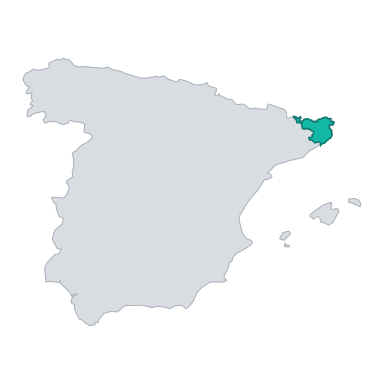 Gerona highlighted on a map of Spain
{"feature_id": "ESP-5820", "entity_name": "Gerona", "entity_type": "Autonomous Community", "adm_level": 1, "iso_a3": "ESP", "parent_name": "Spain", "parent_adm1": "", "projection": "orthographic", "projection_center": [2.529, 42.07], "detail": "fine", "context": "in_parent", "style": "filled", "palette": "teal", "viewbox_px": 384, "rotation_deg": 0, "n_neighbors": 0, "source": "natural_earth", "source_scale": "10m", "svg_char_len": 6372}
<svg xmlns="http://www.w3.org/2000/svg" viewBox="0 0 384 384"><path d="M207.4,82.7L207.3,83.8L209.2,86.2L215.1,87.8L216.6,88.8L216.1,91.9L214.6,94.5L215.8,95.7L217.2,95.7L219.1,93.7L219.4,95.1L222.1,96.5L228.0,99.2L232.2,99.7L236.4,104.7L243.6,104.0L249.9,108.9L256.0,108.0L257.4,108.9L266.8,109.3L267.4,105.5L268.5,104.0L284.7,109.6L286.7,112.8L286.3,114.4L287.1,118.2L289.3,118.1L293.6,116.1L299.2,118.7L300.6,121.1L301.8,121.2L306.0,119.0L317.4,121.7L317.8,119.9L318.6,119.4L323.4,117.8L325.4,117.4L331.4,118.6L332.2,120.7L333.4,121.5L333.9,123.4L330.4,124.5L330.0,127.7L332.2,130.4L332.5,135.1L326.4,141.2L308.7,151.5L302.9,157.6L289.6,160.6L275.8,164.9L267.5,172.9L269.6,173.6L272.0,176.4L271.1,177.7L267.5,179.5L264.3,180.0L258.0,189.9L249.4,200.0L246.2,204.6L239.2,216.6L239.1,220.0L242.0,232.2L243.8,235.4L246.3,238.2L251.3,240.6L252.5,242.9L250.7,244.9L245.5,248.6L236.6,253.4L232.8,257.3L231.9,261.1L229.2,262.8L228.1,268.2L224.3,275.6L224.0,277.5L226.6,280.4L223.8,282.0L210.2,282.1L201.5,287.6L197.0,292.6L192.7,302.1L187.8,307.6L185.6,308.6L182.6,305.9L178.6,305.3L174.6,305.9L172.5,307.7L169.3,308.6L166.2,307.5L159.5,306.5L156.5,306.4L151.7,307.7L147.8,306.4L141.1,305.3L126.4,305.5L124.5,305.9L117.5,311.9L110.4,311.5L103.8,313.5L99.0,319.5L97.8,322.8L96.6,321.9L95.6,322.1L94.9,324.6L90.3,325.8L85.5,323.2L81.6,319.7L79.5,319.2L76.4,314.0L75.2,310.7L74.4,307.2L74.5,304.8L71.5,303.1L71.1,299.9L73.7,296.1L76.9,294.2L74.1,294.1L71.8,296.5L69.6,292.1L59.9,282.8L60.7,280.1L58.8,282.0L57.5,282.4L52.2,281.5L45.9,281.8L44.7,267.7L46.8,263.1L54.7,254.5L59.1,253.7L61.4,249.1L57.4,248.8L52.2,238.8L54.7,230.3L61.6,224.5L62.9,222.0L63.3,219.6L62.4,217.7L59.1,216.4L56.4,209.1L56.1,204.7L53.5,202.0L51.6,197.5L53.8,197.1L62.5,198.1L64.7,197.2L66.6,194.5L68.7,190.0L69.4,187.2L66.5,182.7L66.5,181.8L67.1,180.5L72.8,176.6L72.1,173.0L73.7,166.0L73.7,161.8L73.5,158.3L72.2,153.7L73.5,152.0L76.4,150.8L79.0,147.4L82.4,144.7L86.8,142.7L92.2,137.9L91.6,135.4L90.1,133.9L84.3,132.3L84.0,131.1L84.7,125.4L83.4,122.9L81.2,122.9L78.1,121.6L77.2,122.1L73.1,121.5L70.3,120.1L69.0,120.9L68.4,122.9L63.4,124.4L60.6,124.0L56.3,121.7L51.2,121.6L50.6,121.1L46.0,122.9L44.6,122.8L43.1,119.8L46.0,115.9L44.4,111.8L43.1,111.5L34.7,113.3L29.6,116.4L27.6,116.7L27.1,115.9L27.6,110.5L33.2,105.5L30.1,104.7L30.5,103.0L32.8,100.7L31.1,98.5L31.9,92.7L27.3,94.0L26.2,93.5L26.5,91.2L29.7,87.0L27.0,86.1L25.2,84.1L23.0,79.9L23.3,77.9L25.4,73.5L29.4,71.8L33.5,69.1L38.5,70.3L46.4,68.6L49.2,67.5L49.3,65.6L48.6,64.0L49.6,62.7L56.2,59.6L59.9,59.7L63.9,58.2L66.3,59.7L68.5,59.6L70.9,61.4L73.8,65.2L78.6,67.1L82.6,66.5L102.6,68.3L108.5,67.2L112.7,69.7L121.2,71.5L126.1,73.7L140.2,77.9L145.3,78.3L156.0,76.3L158.7,77.2L163.0,76.1L165.0,76.5L167.4,78.7L176.4,82.1L179.0,79.9L180.8,79.5L187.3,81.4L193.8,84.6L197.3,85.0L202.4,84.5L207.4,82.7ZM330.4,208.5L332.9,209.7L335.6,208.6L337.0,208.9L338.4,209.5L338.7,211.6L333.1,222.3L328.6,225.2L324.1,222.9L321.4,222.4L320.6,221.5L320.0,218.1L318.8,217.0L317.0,216.6L313.5,219.2L312.4,217.4L310.7,217.1L310.1,216.0L310.1,214.6L321.0,206.4L324.1,204.6L330.7,202.4L331.7,202.7L330.9,204.0L331.8,205.1L330.4,208.5ZM361.0,203.8L360.0,206.8L351.9,203.0L349.2,202.6L348.6,202.0L348.8,199.0L354.2,198.5L358.6,199.9L361.0,203.8ZM285.6,238.1L284.6,240.2L280.5,239.4L279.7,238.5L280.6,236.2L281.7,235.9L281.8,234.2L283.1,232.5L288.8,231.2L290.1,232.4L290.3,234.1L286.9,237.6L285.6,238.1ZM289.4,246.5L288.8,247.0L284.4,246.5L284.3,245.1L285.3,243.2L286.8,245.1L289.4,245.5L289.4,246.5Z" fill="#d9dde1" stroke="#a8b0b8" stroke-width="1"/><path d="M293.8,116.4L294.2,116.6L295.8,116.8L296.3,117.0L297.7,118.0L298.3,118.2L298.8,118.2L299.2,118.4L299.5,119.0L299.8,120.2L300.1,120.8L300.5,121.2L300.9,121.4L301.2,121.4L301.9,121.4L302.3,121.3L302.6,121.1L303.0,120.6L303.6,120.2L303.9,119.5L304.0,119.3L304.4,119.1L305.6,119.3L307.2,118.8L308.0,118.7L308.7,119.1L309.0,119.4L310.4,120.0L311.2,120.2L311.6,120.2L311.8,120.8L312.2,121.3L312.7,121.7L313.1,121.8L313.6,122.1L313.9,122.2L314.2,122.2L314.4,122.0L314.6,121.5L314.8,121.3L315.3,121.3L316.4,121.7L317.0,121.8L317.6,121.8L317.6,121.6L317.3,121.3L317.1,120.6L317.3,120.3L318.3,119.5L318.8,119.2L319.3,119.2L320.3,119.4L320.8,119.3L321.2,119.0L322.0,118.3L322.4,118.0L322.8,118.0L323.2,118.0L323.6,117.9L324.5,117.3L325.3,117.6L325.7,117.3L326.0,117.4L326.7,117.4L326.9,117.4L327.0,117.8L327.2,118.1L327.5,118.4L327.8,118.6L328.3,118.7L328.9,118.8L329.6,118.7L330.7,118.6L330.6,119.0L330.4,119.7L330.5,120.3L330.5,120.9L330.9,121.3L331.3,121.7L331.9,121.6L332.4,121.5L332.8,122.0L333.2,121.8L333.5,121.8L334.2,122.2L333.6,123.4L333.5,123.8L333.4,124.3L333.2,124.5L332.8,125.1L332.4,124.9L331.5,125.1L330.7,124.7L330.5,124.4L330.0,124.5L329.5,125.1L329.2,125.8L329.1,127.0L329.1,127.9L329.3,128.5L329.7,128.9L330.6,129.4L331.1,130.1L331.6,130.9L331.6,131.3L331.3,131.7L331.2,132.1L331.3,132.7L331.5,133.4L331.5,133.6L331.6,133.8L332.1,134.2L332.2,134.4L332.1,135.1L331.5,136.2L331.2,137.1L330.8,137.5L330.1,138.5L329.2,138.5L328.2,139.2L328.0,140.1L327.3,140.5L325.0,142.3L324.6,143.1L323.7,143.3L323.1,143.5L322.5,143.6L322.2,143.7L322.1,143.8L321.7,144.1L321.6,144.3L321.5,144.5L321.3,144.6L321.0,144.6L320.6,145.4L320.2,144.4L320.2,144.1L320.5,143.7L320.4,142.8L319.9,142.3L318.7,141.9L318.2,141.8L317.8,141.9L317.0,142.4L314.8,142.9L311.9,140.0L310.9,140.0L310.3,140.2L310.1,140.2L309.6,139.9L309.2,139.3L308.9,138.6L308.9,137.9L309.1,137.4L309.3,137.2L310.6,137.7L310.8,137.6L311.6,137.1L312.1,137.1L312.6,136.4L312.6,136.0L312.3,135.6L312.1,135.4L312.0,135.2L313.3,133.6L313.5,133.1L313.6,132.4L313.4,131.7L313.0,131.1L312.5,130.8L311.5,130.8L311.2,130.6L310.2,129.2L309.2,129.5L308.7,129.5L308.3,129.1L308.2,128.6L308.0,128.4L306.8,128.5L306.5,128.6L306.2,128.9L304.9,128.9L304.2,129.2L303.4,128.6L303.2,128.6L302.8,128.7L302.6,128.6L302.4,128.4L302.3,128.1L302.3,127.0L302.2,126.6L302.1,126.3L301.6,125.7L301.7,124.7L302.0,124.3L302.1,124.0L302.1,123.6L302.1,123.4L301.9,123.2L301.7,123.1L301.4,123.1L300.6,123.2L300.3,123.2L299.4,122.6L298.8,122.4L297.0,122.8L296.8,122.1L296.8,121.8L296.9,121.6L296.8,121.3L296.8,121.0L296.3,120.4L296.2,120.2L296.2,119.2L294.5,118.4L294.2,118.0L293.9,117.5L293.8,117.0L293.8,116.4ZM300.2,116.7L300.4,117.1L300.7,117.7L301.0,118.1L300.9,118.2L300.6,118.2L300.0,118.1L299.7,117.9L299.6,117.5L299.9,116.9L300.2,116.7Z" fill="#14b8a6" stroke="#0f766e" stroke-width="1.5"/></svg>